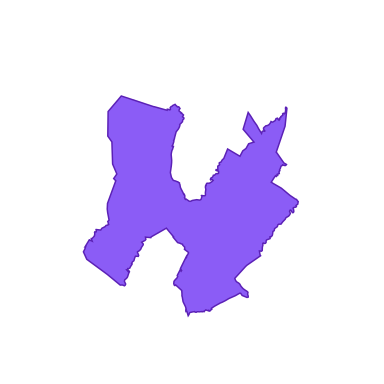 Temixco, Morelos, Mexico (orthographic projection), rotated 58°
{"feature_id": "50627088B89328019749964", "entity_name": "Temixco", "entity_type": "district", "adm_level": 2, "iso_a3": "MEX", "parent_name": "Mexico", "parent_adm1": "Morelos", "projection": "orthographic", "projection_center": [-99.256, 18.848], "detail": "fine", "context": "isolated", "style": "filled", "palette": "violet", "viewbox_px": 384, "rotation_deg": 58, "n_neighbors": 0, "source": "geoboundaries", "source_scale": "gbopen_adm2", "svg_char_len": 6083}
<svg xmlns="http://www.w3.org/2000/svg" viewBox="0 0 384 384"><g transform="rotate(58 192 192)"><path d="M112.7,158.1L112.1,159.3L110.8,159.4L110.4,159.7L108.7,159.9L108.4,162.6L108.7,163.7L108.5,164.5L108.8,165.5L108.9,165.8L110.5,166.5L110.5,167.2L110.6,167.3L110.4,167.6L109.1,168.5L108.7,169.1L109.5,169.8L99.9,178.6L99.3,179.3L73.1,201.1L79.3,220.5L100.0,233.8L107.1,233.4L126.2,244.5L136.9,246.2L139.1,251.3L142.1,250.7L156.9,269.7L161.5,272.9L164.9,274.5L171.8,277.2L172.4,279.1L174.0,279.4L174.4,279.6L174.7,280.0L175.4,280.0L175.3,281.5L174.8,282.5L175.3,284.1L175.0,287.7L175.9,289.6L173.0,293.2L173.1,293.4L174.1,293.6L175.0,294.3L175.0,294.5L174.3,295.5L174.5,295.8L174.6,295.7L176.9,297.4L177.3,298.0L177.6,298.1L177.7,298.3L178.5,301.5L178.1,302.1L178.3,302.2L180.8,302.7L179.7,303.4L178.6,304.5L178.4,304.3L177.6,304.0L178.0,304.2L181.6,311.3L181.7,310.8L183.6,313.1L185.2,315.8L193.3,316.9L217.0,307.5L232.9,302.2L233.9,300.4L234.7,299.7L235.7,299.1L235.7,298.2L234.9,297.0L232.0,296.7L230.8,295.6L230.6,293.7L230.2,292.3L229.7,291.5L227.1,288.4L226.5,287.3L226.0,287.2L225.7,288.3L223.3,288.6L223.4,288.4L223.8,288.2L224.1,287.7L223.7,287.8L223.3,287.6L222.9,287.1L223.4,286.7L223.5,284.9L223.3,284.8L222.0,282.3L221.8,281.7L221.3,280.9L220.7,281.2L219.7,279.6L219.5,277.7L217.4,275.4L216.5,274.0L218.1,271.7L217.6,270.9L216.2,270.5L214.7,270.4L213.8,269.9L213.9,267.6L213.3,265.7L212.2,264.2L210.9,261.3L210.2,260.9L207.9,261.3L208.2,257.6L207.8,256.3L205.6,255.4L208.9,251.1L208.4,250.3L209.1,232.9L220.2,231.4L220.2,231.9L220.8,231.9L227.3,231.0L229.5,229.0L230.1,228.8L231.3,227.7L232.3,228.0L234.8,227.4L235.7,228.1L236.7,228.3L236.9,228.4L236.9,228.7L240.8,227.2L241.8,227.2L243.4,229.9L243.2,230.0L243.8,231.1L244.4,232.1L244.7,231.8L245.2,233.4L250.8,242.4L253.1,242.4L253.4,243.2L251.7,243.3L255.0,248.8L256.2,249.0L257.3,251.1L257.2,251.9L257.4,252.4L258.0,254.2L258.7,255.1L259.3,255.4L259.8,255.9L260.5,256.2L261.8,256.4L262.2,256.2L262.3,255.9L262.2,255.1L270.1,252.9L273.1,254.5L274.8,255.6L275.7,255.8L280.3,257.7L285.7,258.3L287.7,258.8L288.3,259.0L288.2,259.4L289.4,259.8L289.3,260.1L290.2,260.5L290.5,259.6L294.9,260.8L294.3,259.5L293.4,258.4L293.2,257.8L293.2,257.3L294.1,254.8L294.8,253.2L295.2,253.2L295.5,253.0L296.2,252.2L296.3,251.1L296.8,250.2L297.5,249.3L298.5,247.2L298.9,247.0L299.0,246.4L299.3,246.2L299.3,245.5L299.9,245.1L299.5,244.2L299.3,242.8L300.7,241.7L301.2,241.1L301.2,240.5L302.1,240.6L302.4,239.8L302.0,238.3L301.9,237.3L300.9,237.2L300.8,233.4L301.1,227.0L301.5,224.7L301.8,221.3L301.9,217.1L302.9,210.2L303.1,205.2L303.7,204.4L306.3,204.3L310.6,201.2L310.9,200.0L310.1,199.5L308.0,198.9L306.9,197.8L306.4,197.7L305.6,197.9L303.0,199.1L301.0,199.9L298.0,200.4L295.3,200.3L293.9,200.7L291.7,201.8L290.1,201.9L287.9,201.5L283.6,186.2L283.2,184.3L282.4,167.6L281.4,167.6L277.7,166.1L278.1,165.4L278.6,165.0L279.0,164.5L278.9,163.5L276.0,161.5L274.7,160.1L273.1,159.2L273.0,158.8L273.1,158.5L274.0,157.9L274.2,157.5L274.4,157.0L274.1,156.0L272.8,155.1L272.2,154.3L272.2,153.9L272.9,150.6L272.7,150.3L272.5,150.1L271.4,149.9L271.3,149.5L271.9,148.4L271.4,147.0L271.0,146.5L268.3,144.2L268.4,143.1L268.3,142.8L267.8,142.2L267.0,141.6L266.8,141.3L266.6,138.0L265.3,136.5L265.2,135.7L266.4,133.5L265.4,131.0L264.5,127.4L263.8,126.4L263.5,125.4L263.7,124.2L263.6,123.9L263.7,123.0L263.3,121.7L262.4,120.0L260.0,119.5L259.4,118.4L259.6,118.0L259.9,117.8L262.3,117.8L263.0,117.5L263.1,117.0L262.8,116.3L262.2,115.8L260.3,115.0L259.5,114.9L259.2,114.6L259.0,114.3L259.8,112.0L259.7,111.2L258.6,111.0L258.5,110.7L258.4,108.8L256.4,107.0L255.4,107.2L253.6,107.3L252.9,108.0L246.8,110.7L236.1,114.2L227.8,118.6L225.7,119.6L223.3,114.6L222.5,112.6L223.5,112.3L223.4,111.6L222.4,110.7L223.1,110.3L222.2,109.5L222.6,108.2L221.1,107.6L220.6,106.8L220.5,106.2L219.8,106.1L219.5,105.9L218.9,104.7L217.3,102.9L217.3,101.2L217.0,100.8L218.3,99.8L219.0,98.9L219.1,98.3L218.7,97.3L216.0,98.7L203.7,99.3L202.9,99.5L185.5,78.2L171.4,67.2L170.7,67.1L170.2,67.2L169.8,67.7L170.4,68.3L171.7,68.9L173.2,70.0L174.5,71.6L174.6,72.3L174.0,72.5L173.6,72.9L173.8,73.8L174.4,74.0L175.1,74.6L175.0,75.6L175.2,76.9L175.9,77.3L175.7,78.1L176.0,78.9L177.0,79.2L177.2,80.1L176.2,80.5L174.7,80.4L174.3,81.8L174.9,82.8L175.5,83.5L175.5,85.8L175.3,87.0L174.1,87.6L175.1,89.2L175.7,91.0L175.6,92.8L175.0,94.3L175.4,96.6L175.7,97.5L176.8,98.1L178.8,97.9L178.8,98.5L178.1,99.1L177.8,100.1L178.2,100.9L179.2,102.0L173.8,102.0L169.8,101.7L165.0,102.0L158.3,102.0L154.3,102.2L165.9,115.4L182.5,113.0L181.1,118.4L183.7,123.1L184.0,127.1L187.1,132.4L174.4,139.0L180.5,147.4L180.7,149.1L182.0,151.8L181.6,153.2L182.5,154.0L183.5,154.1L183.7,154.8L183.6,155.9L183.8,156.5L186.7,158.2L185.8,159.7L186.4,160.2L188.5,158.5L190.1,159.5L190.2,160.2L189.2,161.9L189.6,163.6L189.6,164.2L189.1,165.0L190.1,166.3L190.3,167.4L190.2,168.6L191.0,169.7L191.6,169.8L192.0,168.3L193.4,167.9L193.8,169.9L193.8,172.5L192.6,174.5L192.5,175.1L193.9,176.6L193.6,176.8L194.0,177.3L195.0,178.1L197.1,178.9L199.6,181.0L201.4,182.0L201.8,182.4L202.0,183.0L201.3,184.2L200.5,185.1L200.0,185.8L200.1,186.0L200.3,186.0L200.9,185.7L202.6,187.7L203.1,188.4L203.0,189.7L201.0,192.1L199.3,196.3L199.2,197.6L198.9,198.6L198.2,199.3L194.8,200.8L194.8,201.5L193.9,201.6L193.4,201.3L192.2,201.3L192.8,201.0L191.4,200.1L190.8,199.9L189.2,199.8L188.7,200.0L188.8,200.1L187.1,199.9L183.5,199.6L182.0,199.4L179.0,198.2L178.4,198.3L177.6,197.8L176.6,198.4L175.8,198.6L175.3,199.2L174.1,200.0L172.2,201.7L168.8,201.7L164.1,200.1L159.0,195.8L156.4,193.8L154.3,192.4L149.2,189.8L148.1,188.9L146.2,187.1L145.5,185.9L144.9,185.2L143.9,184.4L144.0,184.1L143.5,183.6L142.8,184.2L142.6,185.1L142.4,184.2L141.6,183.0L139.9,181.0L138.9,180.1L138.5,180.2L137.6,178.7L137.3,178.6L132.6,173.6L131.3,170.0L130.1,168.1L129.0,166.9L128.5,166.8L128.5,166.7L128.1,166.2L128.0,165.1L127.6,164.0L127.4,162.9L126.1,161.8L125.9,161.3L125.6,160.1L125.2,159.8L124.6,159.6L123.2,160.2L122.2,158.4L120.6,158.8L119.4,159.4L119.3,159.0L116.6,160.0L115.6,159.6L114.8,157.9L112.7,158.1Z" fill="#8b5cf6" stroke="#5b21b6" stroke-width="1.5"/></g></svg>